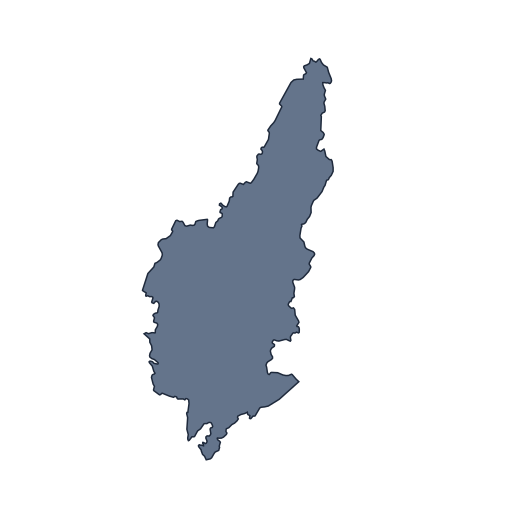 an SVG outline of Kirovohrad, rotated 116°
{"feature_id": "UKR-320", "entity_name": "Kirovohrad", "entity_type": "Region", "adm_level": 1, "iso_a3": "UKR", "parent_name": "Ukraine", "parent_adm1": "", "projection": "robinson", "projection_center": [32.137, 48.505], "detail": "fine", "context": "isolated", "style": "filled", "palette": "slate", "viewbox_px": 512, "rotation_deg": 116, "n_neighbors": 0, "source": "natural_earth", "source_scale": "10m", "svg_char_len": 6124}
<svg xmlns="http://www.w3.org/2000/svg" viewBox="0 0 512 512"><g transform="rotate(116 256 256)"><path d="M350.2,162.4L374.6,172.3L385.5,179.2L387.9,182.2L389.7,185.1L390.9,186.0L399.9,186.7L400.4,186.9L401.2,188.5L404.3,189.3L404.8,189.9L404.7,190.7L402.1,191.6L402.1,193.7L401.6,194.4L400.2,195.3L402.6,197.2L405.1,200.1L408.0,202.2L409.2,201.8L410.2,200.5L412.5,200.8L415.6,202.0L418.1,203.8L422.3,205.2L424.1,206.8L424.7,206.9L426.9,206.1L427.9,204.5L429.4,204.4L433.0,205.8L434.8,207.2L435.8,209.0L436.5,210.9L436.9,210.9L437.9,210.0L438.5,207.3L439.0,206.4L442.4,205.8L443.3,205.5L444.1,204.8L447.1,204.3L450.0,206.7L451.7,207.1L456.7,207.4L458.3,208.1L461.0,211.4L458.5,214.5L457.7,217.1L455.1,219.8L454.3,220.3L452.6,223.8L451.9,224.5L451.3,224.6L450.5,224.2L450.4,223.0L449.9,222.1L449.6,220.0L448.7,220.4L447.6,221.9L446.9,222.1L446.6,221.4L446.8,219.3L446.1,218.7L444.9,218.6L443.9,218.8L441.7,221.2L440.5,221.7L439.1,221.1L438.3,219.1L436.7,218.6L435.5,218.7L431.7,221.4L430.5,221.4L429.3,220.2L428.3,220.2L427.1,221.1L425.7,223.0L425.6,223.7L426.0,225.0L426.5,225.6L428.2,226.7L429.1,228.6L429.7,229.2L435.7,230.1L438.8,231.8L445.2,232.1L445.8,232.7L446.5,234.3L450.9,235.2L451.6,235.8L450.8,236.8L449.5,237.6L446.2,238.6L442.0,242.2L431.2,246.6L428.1,249.2L426.9,249.5L426.5,248.7L418.0,251.5L414.9,253.4L414.5,255.0L414.7,256.0L415.0,256.6L416.5,256.9L416.4,258.6L416.7,259.4L418.8,263.5L418.6,264.4L417.6,265.4L417.5,266.1L417.8,267.5L419.1,268.1L419.2,268.5L419.9,272.4L420.4,279.9L420.8,280.5L422.3,281.0L423.0,281.6L423.0,282.5L421.8,288.9L421.3,289.4L417.6,290.2L416.2,292.3L411.0,296.7L409.2,297.1L408.1,297.0L406.5,295.6L405.6,295.4L404.4,297.3L400.4,301.0L398.6,305.1L397.9,305.7L396.9,305.2L396.5,303.5L396.4,302.6L397.2,300.8L396.4,297.4L396.0,296.8L395.2,296.9L394.8,297.3L393.6,302.0L393.9,304.7L393.3,307.2L392.2,308.0L389.8,308.6L386.2,308.3L385.5,308.5L382.4,310.5L380.1,313.6L377.1,315.2L375.0,322.5L373.1,321.2L372.9,318.5L370.7,316.2L370.1,315.1L369.6,313.5L369.1,312.9L366.5,314.1L362.3,313.8L360.5,314.4L359.8,315.7L360.2,318.4L360.0,319.1L359.3,319.5L356.2,320.1L355.8,320.4L354.7,322.5L353.6,322.6L352.5,322.1L351.5,321.4L350.5,320.0L349.6,319.7L347.7,320.4L343.6,321.0L341.6,322.1L340.5,323.5L340.2,325.4L340.9,326.4L343.4,327.1L343.6,328.9L343.1,329.6L339.0,330.2L338.3,330.7L338.2,332.0L339.2,333.8L339.1,335.8L340.3,337.1L340.3,337.4L339.7,337.9L337.3,338.5L336.9,342.3L336.6,343.0L319.1,345.5L310.6,343.0L306.9,343.6L305.1,342.1L301.4,340.3L299.7,340.2L296.2,340.6L294.3,341.8L289.7,348.3L288.7,349.1L286.7,349.6L282.9,348.3L281.6,347.2L279.8,344.4L275.2,341.9L270.6,341.6L270.0,342.0L269.5,343.3L268.7,343.6L259.5,343.6L258.5,342.7L258.5,339.6L257.5,338.2L257.2,337.4L257.8,336.1L259.9,333.2L259.6,331.4L257.0,328.6L256.4,326.5L255.5,325.2L254.4,324.8L251.4,325.2L250.3,324.3L249.0,322.9L244.4,315.9L244.7,315.4L248.6,313.9L250.4,312.6L250.8,311.1L250.7,310.2L249.3,306.6L247.9,306.2L243.5,306.8L241.2,305.8L239.3,305.9L238.3,305.5L236.5,304.0L235.4,303.7L232.9,304.8L232.6,305.7L232.7,307.1L232.3,307.7L229.8,308.1L228.6,307.2L228.1,307.2L227.2,307.7L226.7,308.7L226.4,311.2L225.1,311.6L224.0,310.9L223.9,310.5L224.9,308.2L225.2,305.7L224.9,304.3L224.3,303.8L218.4,304.1L215.5,305.1L214.1,304.6L213.0,303.1L212.6,302.9L208.6,304.6L199.4,303.4L198.1,302.9L197.5,302.1L197.2,298.7L194.5,297.9L193.5,297.2L193.1,293.0L192.9,292.7L191.4,292.2L188.1,291.6L181.0,291.1L179.0,291.3L175.5,292.3L174.2,293.0L173.5,293.7L173.0,295.2L172.5,295.9L168.7,297.1L166.6,298.7L165.6,299.0L163.5,298.5L163.0,298.0L162.5,296.2L161.8,295.6L160.8,295.4L159.2,296.0L158.5,296.8L157.8,298.4L156.8,298.7L155.8,298.4L155.4,298.0L154.9,296.7L154.1,296.4L145.8,295.9L139.9,297.8L139.1,298.3L138.1,300.3L137.4,300.5L132.6,299.8L128.3,298.5L125.8,298.2L110.7,298.2L110.1,298.6L109.0,301.5L108.2,301.8L84.7,300.6L81.2,299.2L79.3,296.8L76.3,291.1L72.6,292.5L72.0,292.4L70.2,291.1L69.1,291.0L65.9,295.5L65.0,296.1L64.0,296.0L61.7,293.8L59.5,292.4L54.4,293.3L54.3,292.3L55.6,290.2L55.3,288.6L55.6,287.4L55.0,286.8L52.1,286.1L51.0,285.4L51.1,284.6L53.3,282.0L54.7,279.2L55.1,274.7L59.1,271.2L63.6,266.2L65.4,264.9L66.8,264.7L68.3,265.0L68.7,265.4L68.8,267.4L69.5,268.4L70.3,270.9L70.9,272.0L72.7,271.0L74.9,268.7L76.7,266.2L80.7,265.5L82.0,264.8L84.4,262.1L87.5,262.3L88.8,262.0L91.3,259.8L95.1,257.5L96.5,257.5L98.6,259.1L101.2,259.4L102.0,258.4L114.8,252.8L115.6,249.7L116.6,248.2L117.1,247.9L120.0,247.6L121.8,247.8L122.6,248.3L123.6,249.6L124.5,250.0L131.7,249.3L133.3,248.5L133.7,246.5L133.6,243.7L130.1,241.8L131.5,240.2L135.9,236.8L137.1,232.6L136.9,231.4L136.4,230.7L136.7,230.1L137.5,229.1L142.8,225.4L146.1,223.8L150.5,223.7L153.4,224.5L155.6,224.4L156.8,225.6L157.6,225.7L162.3,224.9L164.3,225.2L169.2,224.9L177.2,226.5L180.6,228.4L181.8,228.5L186.6,228.3L188.2,227.9L192.8,225.5L197.1,225.2L200.5,226.0L204.0,226.0L205.5,226.6L206.4,227.3L207.3,228.7L207.8,228.9L209.1,227.8L211.2,227.7L218.5,225.5L220.5,224.3L222.4,219.1L225.9,216.3L226.9,215.1L227.4,213.0L227.1,206.6L227.7,205.0L228.6,204.1L230.3,204.0L233.3,204.9L239.0,205.0L239.9,204.7L241.5,202.2L242.2,201.8L247.0,201.9L254.6,204.2L257.7,205.9L258.9,207.3L260.3,211.4L260.9,211.9L262.1,212.1L263.5,211.4L267.2,207.6L268.6,206.9L272.9,205.6L275.7,203.7L277.1,204.1L277.6,205.0L281.0,204.7L281.7,204.7L282.0,205.5L282.6,205.8L285.0,205.9L285.8,205.6L286.5,204.7L287.4,201.7L287.3,200.8L286.2,199.6L287.1,197.8L292.0,194.8L295.7,189.3L296.8,188.3L301.0,188.8L301.4,188.2L301.0,186.9L301.4,186.1L302.6,185.1L305.6,183.7L306.5,184.0L306.7,186.2L308.2,187.2L308.5,188.5L309.3,189.1L313.1,189.7L314.3,189.3L316.5,187.7L317.5,187.8L317.6,188.7L317.6,192.1L318.4,193.5L322.4,198.1L323.1,200.1L323.4,202.9L324.0,203.5L326.0,203.7L326.7,203.5L327.1,203.1L327.5,200.6L328.7,200.0L329.3,200.0L331.9,201.5L333.9,201.7L335.2,201.4L337.9,199.2L339.3,197.0L340.6,196.3L342.2,196.7L345.9,199.0L347.4,199.4L349.7,199.2L351.3,197.7L355.8,194.6L356.7,193.5L356.8,192.5L356.7,192.1L354.4,191.6L353.8,191.0L351.4,185.4L351.1,179.5L350.3,176.6L349.1,174.4L346.7,172.3L346.7,171.5L349.1,165.9L350.2,162.4Z" fill="#64748b" stroke="#1e293b" stroke-width="1.5"/></g></svg>